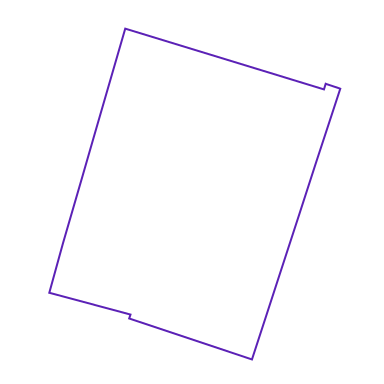 Loventué, La Pampa, Argentina (Natural Earth projection), rotated 17°
{"feature_id": "61730980B54162974925510", "entity_name": "Loventué", "entity_type": "district", "adm_level": 2, "iso_a3": "ARG", "parent_name": "Argentina", "parent_adm1": "La Pampa", "projection": "natural_earth1", "projection_center": [-65.521, -36.478], "detail": "fine", "context": "isolated", "style": "outline", "palette": "violet", "viewbox_px": 384, "rotation_deg": 17, "n_neighbors": 0, "source": "geoboundaries", "source_scale": "gbopen_adm2", "svg_char_len": 488}
<svg xmlns="http://www.w3.org/2000/svg" viewBox="0 0 384 384"><g transform="rotate(17 192 192)"><path d="M80.4,55.3L80.4,55.5L81.0,97.8L82.0,167.1L82.7,211.5L83.6,278.6L85.0,330.1L90.2,329.9L169.0,327.2L169.0,327.8L168.9,331.3L171.6,331.4L298.3,334.6L299.1,292.1L299.7,258.4L301.1,182.9L302.0,128.2L303.0,79.5L303.6,49.9L302.8,49.8L289.8,49.5L288.2,49.4L288.2,54.6L288.2,55.3L287.1,55.3L270.5,55.3L253.9,55.3L83.7,55.3L80.4,55.3Z" fill="none" stroke="#5b21b6" stroke-width="2"/></g></svg>